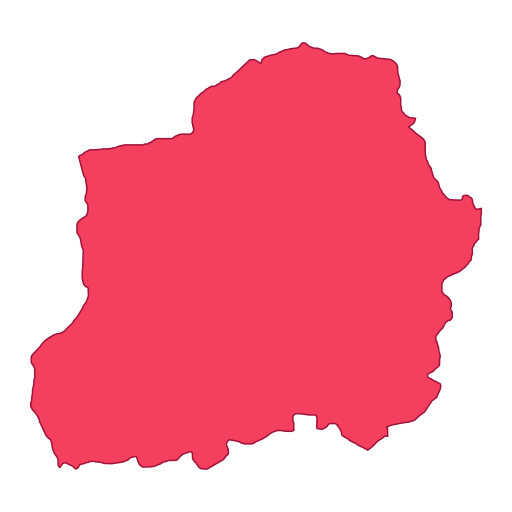 Atenas, Alajuela, Costa Rica (Mercator projection)
{"feature_id": "36466004B19113363200971", "entity_name": "Atenas", "entity_type": "district", "adm_level": 2, "iso_a3": "CRI", "parent_name": "Costa Rica", "parent_adm1": "Alajuela", "projection": "mercator", "projection_center": [-84.397, 9.98], "detail": "fine", "context": "isolated", "style": "filled", "palette": "rose", "viewbox_px": 512, "rotation_deg": 0, "n_neighbors": 0, "source": "geoboundaries", "source_scale": "gbopen_adm2", "svg_char_len": 5932}
<svg xmlns="http://www.w3.org/2000/svg" viewBox="0 0 512 512"><path d="M387.7,436.2L387.5,427.6L386.7,427.4L387.0,426.7L391.5,425.1L401.5,423.1L409.3,421.9L413.1,420.7L415.3,419.6L419.5,415.6L424.5,412.0L431.9,400.9L436.6,397.5L438.8,392.5L440.3,388.8L440.8,386.1L440.3,383.9L435.3,381.2L432.8,380.2L431.3,378.9L429.8,378.4L428.0,377.2L427.6,376.1L427.6,374.2L433.2,371.3L433.6,370.7L434.3,370.3L435.1,369.0L437.0,367.7L439.5,365.2L439.7,358.1L440.1,357.6L440.1,354.9L438.8,351.0L438.7,348.3L436.8,341.6L436.5,340.8L435.8,340.4L435.9,336.2L439.6,331.2L442.7,328.0L445.6,322.5L448.5,320.4L450.2,320.3L452.2,317.6L452.2,312.2L450.4,308.6L450.4,307.7L451.3,306.8L451.1,302.3L450.1,300.0L448.8,298.1L447.2,296.5L444.0,294.6L442.4,292.3L441.9,290.7L441.9,283.5L443.7,280.3L443.8,279.5L445.9,278.4L446.2,277.6L450.0,275.5L450.9,275.5L452.7,274.2L453.6,274.2L454.1,273.7L456.5,273.0L457.9,272.0L458.8,272.0L464.8,267.4L467.1,264.6L468.3,263.8L468.8,262.2L471.0,260.3L471.0,259.5L471.4,258.7L471.4,256.1L472.3,254.5L472.3,248.3L473.3,245.9L474.0,245.6L474.7,243.2L476.1,242.1L476.9,240.6L478.6,239.3L478.6,233.0L479.0,231.3L479.0,228.6L480.8,224.8L480.8,215.8L481.3,214.1L481.3,208.5L476.2,209.4L474.8,207.6L474.7,207.1L474.3,206.9L473.6,204.8L473.1,204.2L472.2,199.2L471.4,198.0L468.5,196.2L468.2,195.7L467.3,195.4L464.4,195.4L463.1,195.9L462.5,196.6L462.4,198.9L461.4,199.9L460.4,200.2L449.7,199.7L446.8,197.9L442.3,192.6L441.6,190.8L439.8,188.1L438.1,181.9L435.1,179.2L433.3,176.7L432.9,174.7L432.5,174.3L432.3,172.7L431.3,169.6L431.2,168.4L429.0,165.2L428.2,163.7L427.8,162.1L426.1,158.9L426.1,157.2L425.6,155.7L425.2,152.3L425.2,143.2L425.0,141.6L423.3,139.0L422.3,138.1L415.6,133.0L411.4,129.1L408.6,127.1L409.2,126.4L410.6,125.7L410.9,125.2L413.5,123.5L414.6,121.8L415.5,118.3L408.9,117.5L407.7,116.4L405.0,115.1L403.6,112.8L403.0,112.5L401.8,111.0L401.4,109.6L401.4,107.4L400.7,105.1L400.7,98.1L399.9,95.8L398.8,94.2L397.0,92.9L397.6,90.0L399.9,85.8L400.1,81.1L397.9,72.9L397.5,66.4L396.6,64.3L393.9,61.4L390.2,59.4L377.6,58.1L373.3,55.7L371.0,55.9L370.4,56.7L366.7,58.6L363.6,58.8L362.4,57.7L358.5,55.9L348.1,55.2L347.0,54.3L344.4,53.4L336.1,53.5L334.0,53.9L329.3,53.5L325.4,51.9L321.5,49.4L319.8,49.1L317.6,48.2L314.0,48.2L309.0,46.2L305.4,43.1L302.6,42.9L301.2,43.8L299.2,46.8L297.1,48.0L291.4,48.6L286.3,49.8L284.5,49.9L282.1,51.3L280.4,51.7L276.3,54.0L273.5,54.8L271.4,55.0L264.8,57.1L262.1,59.4L261.4,62.0L260.7,63.4L259.8,63.2L258.6,62.0L254.4,59.6L249.7,59.9L234.3,74.4L233.6,74.6L232.0,76.9L230.9,77.8L224.8,80.9L221.0,81.8L220.1,83.0L216.7,84.9L215.8,85.8L214.2,86.3L211.5,86.3L210.8,86.5L210.4,87.2L208.8,87.6L207.9,88.5L205.7,89.5L205.3,90.2L203.6,91.7L200.5,93.7L200.2,94.4L196.9,97.3L195.0,100.0L194.9,100.8L194.1,102.3L194.0,109.5L193.1,115.4L192.2,117.8L192.2,123.1L192.7,123.9L192.9,126.5L193.6,128.1L193.6,130.8L192.2,132.9L190.9,133.9L190.3,134.1L180.4,134.2L175.6,136.1L172.0,138.6L156.0,138.7L154.7,139.9L153.8,140.0L153.4,140.7L151.9,141.4L151.5,142.1L149.4,142.6L148.9,143.3L147.7,144.0L145.0,144.0L142.7,144.9L124.8,144.9L118.9,146.2L115.0,147.8L112.4,148.0L111.7,148.5L109.9,148.5L109.2,148.9L102.9,148.9L101.3,149.4L97.8,149.4L96.0,149.8L89.8,149.8L84.5,152.5L82.4,154.5L80.1,155.4L79.0,156.5L78.6,156.5L83.6,175.3L85.6,178.5L86.0,182.8L86.4,184.4L86.5,186.1L86.8,186.4L86.8,189.8L86.2,194.2L85.3,195.9L85.1,200.4L86.2,202.4L87.3,203.4L87.9,206.0L87.9,211.1L86.8,214.8L85.6,216.3L81.3,218.9L79.9,220.3L79.3,220.3L77.6,222.8L77.0,224.2L77.0,232.8L77.4,233.7L78.3,234.7L80.2,238.0L81.7,246.1L83.3,250.4L82.6,269.3L82.2,271.0L82.2,278.1L83.5,284.0L85.7,286.7L86.6,286.7L88.2,288.1L88.4,295.9L86.5,301.5L83.2,306.3L81.9,309.3L76.3,318.1L73.8,320.6L73.1,322.2L71.5,324.2L70.1,325.2L69.0,326.6L68.2,326.9L67.4,328.3L66.6,328.7L65.5,330.1L63.9,331.5L62.4,332.4L61.6,332.4L59.6,333.6L56.9,333.8L53.7,335.0L50.7,336.7L50.2,337.3L49.4,337.4L44.6,341.0L41.7,344.2L40.3,346.4L32.3,354.9L31.2,357.2L31.3,362.5L33.0,365.4L33.7,365.8L33.9,366.6L34.3,367.0L34.3,367.9L34.7,368.4L34.7,377.3L33.9,380.8L33.9,383.5L32.5,390.5L32.5,394.0L32.1,394.7L31.6,400.8L30.7,403.1L30.8,406.7L32.8,410.2L35.2,412.6L37.9,416.7L38.4,418.3L39.2,419.2L39.7,422.4L40.1,422.7L46.1,435.6L47.6,437.3L48.8,438.5L49.3,438.5L50.7,440.0L51.8,443.6L52.4,447.9L53.0,450.0L53.8,451.4L53.9,452.5L57.6,458.1L58.1,460.2L58.1,465.3L59.4,467.2L59.8,467.4L60.7,466.6L62.3,464.1L63.5,463.1L65.6,462.8L72.7,466.2L75.3,468.8L76.5,468.8L78.2,467.7L79.3,465.4L80.0,464.7L81.9,464.0L84.1,463.6L85.7,462.8L88.9,462.2L89.6,461.4L94.7,461.4L95.5,461.9L98.4,462.0L102.8,462.8L103.5,463.4L111.4,463.7L123.5,461.9L125.4,460.8L127.4,460.4L130.7,457.6L135.0,456.5L136.1,456.6L136.7,457.5L138.7,463.2L139.5,464.6L141.5,466.3L143.0,467.1L151.4,466.8L155.2,466.0L158.7,464.4L159.8,464.2L163.2,462.2L167.2,461.1L167.8,460.6L176.3,460.3L177.9,459.2L179.7,456.9L182.9,454.2L190.3,451.6L192.2,452.4L192.7,459.1L193.6,459.9L193.9,461.0L195.3,462.3L199.2,467.6L201.5,468.8L206.6,469.1L207.6,468.8L223.7,459.4L225.4,456.8L225.9,456.6L225.9,456.1L227.9,454.5L228.5,453.0L228.2,449.1L226.5,445.3L226.5,443.6L227.1,442.2L228.8,439.9L230.5,439.9L236.5,441.0L239.6,441.9L241.1,443.0L243.2,443.3L244.1,443.9L251.6,443.9L253.6,443.3L254.4,442.9L254.9,442.2L262.6,438.8L267.9,435.5L268.4,434.7L268.9,434.7L269.6,433.9L271.6,432.6L277.3,430.5L280.7,430.5L286.2,431.3L291.4,431.3L293.2,430.7L293.2,430.2L293.8,430.2L293.8,423.3L292.9,420.4L292.9,416.4L293.7,415.1L295.3,413.8L301.1,413.8L309.3,415.0L315.0,415.0L316.0,415.6L316.7,416.7L317.0,418.3L316.7,427.9L317.4,428.7L322.5,429.3L326.5,427.0L328.7,424.2L329.6,423.6L335.4,423.6L337.3,425.0L337.3,425.5L339.4,428.1L341.1,431.5L341.9,435.0L343.8,436.6L348.8,439.4L348.9,439.9L349.6,440.5L350.2,440.5L350.5,441.0L352.0,441.4L352.2,441.9L355.8,443.5L358.3,445.3L364.4,448.2L365.3,448.9L366.9,449.4L367.7,450.2L372.6,446.4L377.6,441.2L382.3,438.2L384.7,436.3L385.7,436.0L387.7,436.2Z" fill="#f43f5e" stroke="#9f1239" stroke-width="1.5"/></svg>